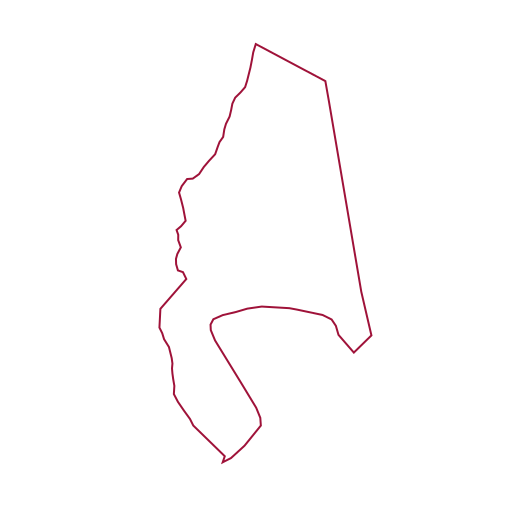 Junco do Seridó, Paraíba, Brazil (Natural Earth projection), rotated 131°
{"feature_id": "56859067B6318003326447", "entity_name": "Junco do Seridó", "entity_type": "district", "adm_level": 2, "iso_a3": "BRA", "parent_name": "Brazil", "parent_adm1": "Paraíba", "projection": "natural_earth1", "projection_center": [-36.749, -6.988], "detail": "fine", "context": "isolated", "style": "outline", "palette": "rose", "viewbox_px": 512, "rotation_deg": 131, "n_neighbors": 0, "source": "geoboundaries", "source_scale": "gbopen_adm2", "svg_char_len": 1171}
<svg xmlns="http://www.w3.org/2000/svg" viewBox="0 0 512 512"><g transform="rotate(131 256 256)"><path d="M264.7,118.8L240.2,116.8L213.9,153.1L91.7,302.1L78.5,318.4L96.2,395.2L104.1,391.7L110.9,387.6L117.5,383.8L124.6,380.2L129.7,377.6L135.7,375.0L142.8,375.0L150.1,375.6L156.5,373.8L162.0,370.6L168.1,367.4L175.9,365.4L181.2,363.0L187.7,358.9L193.9,358.3L198.5,356.6L206.0,353.6L214.8,353.9L223.0,353.8L231.5,352.7L239.1,354.5L243.1,358.5L252.0,357.9L258.6,355.7L262.5,349.7L267.5,342.5L271.3,337.7L275.6,332.2L282.7,332.1L288.5,333.0L291.0,328.6L295.1,325.1L298.8,318.4L306.1,316.7L310.7,314.5L314.6,310.9L318.1,305.5L316.1,300.5L319.1,293.5L358.6,293.5L373.4,281.9L375.8,276.1L379.1,270.8L381.8,262.0L388.4,252.6L392.0,248.5L396.0,245.6L399.5,242.0L403.0,238.0L407.6,232.4L414.1,227.4L417.3,219.2L420.0,208.8L422.3,198.9L425.1,192.1L427.6,148.2L433.5,145.8L424.9,142.3L406.7,140.2L380.8,141.1L375.3,146.6L370.4,156.3L362.1,182.2L346.6,231.5L341.6,241.5L337.6,245.3L331.7,246.7L322.4,242.3L311.4,234.4L301.4,228.0L290.4,218.5L273.5,196.6L269.5,189.8L256.8,167.0L254.3,157.3L256.3,149.9L261.4,142.0L264.7,118.8Z" fill="none" stroke="#9f1239" stroke-width="2"/></g></svg>